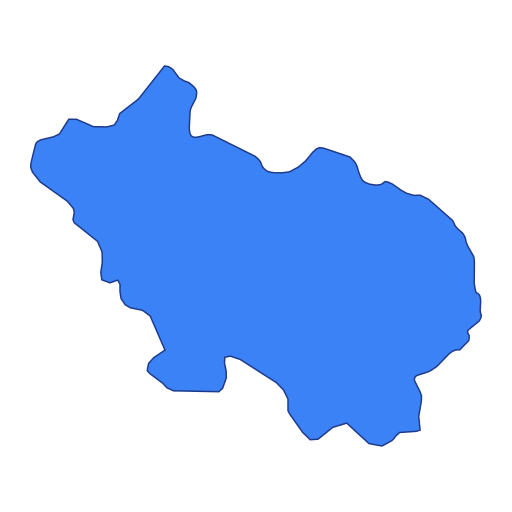 Frosinone, Mercator projection
{"feature_id": "ITA-5425", "entity_name": "Frosinone", "entity_type": "Province", "adm_level": 1, "iso_a3": "ITA", "parent_name": "Italy", "parent_adm1": "", "projection": "mercator", "projection_center": [13.565, 41.628], "detail": "fine", "context": "isolated", "style": "filled", "palette": "blue", "viewbox_px": 512, "rotation_deg": 0, "n_neighbors": 0, "source": "natural_earth", "source_scale": "10m", "svg_char_len": 2367}
<svg xmlns="http://www.w3.org/2000/svg" viewBox="0 0 512 512"><path d="M218.8,391.7L173.5,390.8L167.0,387.8L162.7,383.2L150.0,373.7L147.2,370.6L148.6,363.4L153.8,357.6L165.0,350.1L150.2,316.0L142.5,310.3L130.4,307.8L125.3,304.8L121.1,298.7L120.0,291.6L120.0,284.2L117.7,280.1L110.0,282.8L101.8,279.8L100.8,272.4L102.3,262.5L102.1,251.9L97.5,241.3L74.2,222.7L73.0,219.7L74.3,212.4L73.4,208.5L67.2,201.1L40.3,182.0L32.5,172.1L30.7,167.3L31.0,163.0L35.4,145.0L36.4,142.7L38.2,141.1L41.3,139.7L53.5,136.8L59.4,134.0L68.8,119.2L76.5,119.3L93.5,126.7L107.0,126.9L114.1,125.1L117.2,120.8L119.8,113.5L138.5,99.0L164.5,66.0L168.4,66.6L170.7,67.9L173.0,69.7L179.1,78.0L184.0,80.8L189.1,82.7L193.8,86.7L196.0,89.5L196.7,92.3L196.5,94.9L196.1,97.3L195.3,99.4L191.5,106.8L190.7,108.8L190.1,111.2L189.3,126.7L189.3,129.2L189.6,131.5L190.1,133.6L190.9,135.5L192.6,136.8L195.2,137.4L199.9,136.6L205.4,135.1L207.6,134.7L209.9,134.7L212.3,135.0L255.1,156.3L258.5,159.3L260.6,162.0L261.2,163.9L261.9,165.7L262.9,167.3L264.2,168.8L265.7,170.2L267.5,171.3L270.4,172.2L274.5,172.8L282.3,172.8L289.5,171.8L298.5,167.0L305.6,160.9L313.1,151.9L316.1,149.2L317.8,148.3L319.6,147.6L323.7,148.2L350.0,157.0L353.7,160.8L355.6,163.3L356.8,165.8L359.3,173.8L360.8,177.4L361.8,179.2L363.0,180.9L365.6,182.6L369.6,184.2L376.1,185.1L379.6,184.8L382.0,184.0L383.5,182.7L385.1,181.6L388.2,182.1L392.6,184.2L401.5,190.5L406.9,193.4L414.0,195.4L420.2,195.2L428.7,199.4L452.6,220.5L455.3,226.0L458.0,229.1L462.4,232.9L463.5,234.4L464.5,236.2L465.3,238.1L466.2,242.3L467.7,246.0L473.5,256.2L474.1,258.1L474.4,262.6L474.2,283.1L475.1,288.9L476.0,292.4L478.3,293.9L479.5,295.1L480.3,297.5L480.7,300.8L480.2,310.4L480.6,313.3L481.3,315.3L480.9,317.8L479.3,320.9L468.3,329.9L467.5,331.4L468.2,333.8L469.2,335.7L469.1,338.3L468.8,340.5L459.8,349.8L455.7,350.0L452.3,351.4L449.3,353.6L437.4,365.9L436.6,366.6L430.9,370.5L427.7,372.0L417.2,375.4L415.5,376.4L414.6,378.1L414.4,380.4L420.0,391.6L421.4,395.6L421.5,398.6L421.1,402.7L418.7,416.6L420.1,430.1L416.4,431.3L399.6,432.5L395.4,436.4L393.7,438.9L391.6,440.8L382.0,446.0L369.0,443.6L346.7,423.1L332.7,427.4L318.0,439.2L310.2,439.7L302.7,432.4L289.9,414.3L288.0,410.7L288.0,399.1L283.5,389.9L276.5,382.7L240.1,359.4L230.3,356.1L224.8,357.3L224.5,363.1L226.1,370.9L226.3,377.9L222.6,388.3L218.8,391.7Z" fill="#3b82f6" stroke="#1e3a8a" stroke-width="1.5"/></svg>